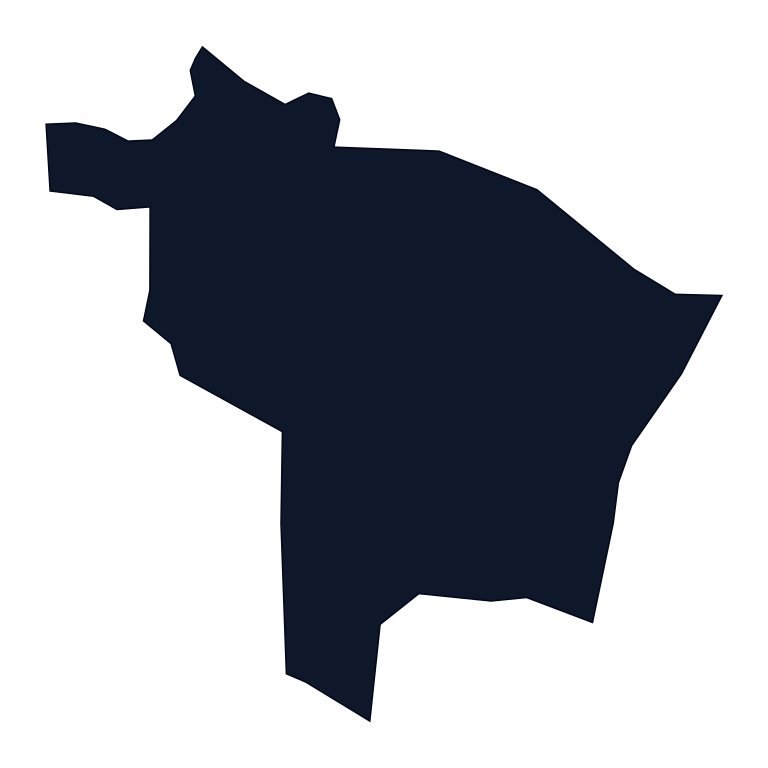 the County of Kotido
{"feature_id": "UGA-3123", "entity_name": "Kotido", "entity_type": "County", "adm_level": 1, "iso_a3": "UGA", "parent_name": "Uganda", "parent_adm1": "", "projection": "robinson", "projection_center": [33.884, 2.985], "detail": "fine", "context": "isolated", "style": "filled", "palette": "ink", "viewbox_px": 768, "rotation_deg": 0, "n_neighbors": 0, "source": "natural_earth", "source_scale": "10m", "svg_char_len": 648}
<svg xmlns="http://www.w3.org/2000/svg" viewBox="0 0 768 768"><path d="M50.1,191.0L46.1,124.2L75.7,123.0L105.0,129.3L128.1,141.1L152.2,140.0L176.5,120.6L195.3,96.0L190.3,70.4L195.4,58.4L202.4,46.9L244.1,81.4L285.1,104.5L308.7,93.1L331.7,98.7L339.7,119.7L333.9,147.1L439.0,151.1L537.1,189.8L633.9,269.2L675.2,294.3L721.9,295.5L681.4,373.9L631.6,445.6L618.4,482.6L613.2,523.4L592.5,622.5L526.5,597.5L491.1,601.0L418.9,593.6L380.1,624.4L369.8,721.1L305.8,682.1L286.4,673.8L281.0,523.7L282.4,431.7L180.1,375.4L171.1,343.7L143.5,320.9L149.9,290.1L150.1,206.9L117.0,209.5L93.4,196.2L50.1,191.0Z" fill="#0f172a" stroke="#020617" stroke-width="1.5"/></svg>